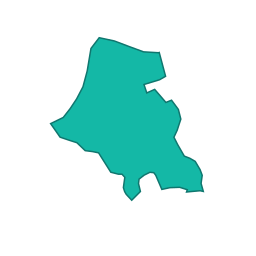 outline of Seo-gu [West District], Incheon, South Korea, rotated 330°
{"feature_id": "91817680B73279111808647", "entity_name": "Seo-gu [West District]", "entity_type": "district", "adm_level": 2, "iso_a3": "KOR", "parent_name": "South Korea", "parent_adm1": "Incheon", "projection": "albers", "projection_center": [126.657, 37.545], "detail": "fine", "context": "isolated", "style": "filled", "palette": "teal", "viewbox_px": 256, "rotation_deg": 330, "n_neighbors": 0, "source": "geoboundaries", "source_scale": "gbopen_adm2", "svg_char_len": 894}
<svg xmlns="http://www.w3.org/2000/svg" viewBox="0 0 256 256"><g transform="rotate(330 128 128)"><path d="M63.2,85.5L64.6,102.0L71.4,109.7L76.4,115.2L79.6,126.2L85.5,130.7L90.1,134.8L91.0,157.7L96.5,163.1L99.7,165.0L100.6,169.1L94.2,177.3L93.3,181.4L93.3,184.6L95.1,192.4L107.0,189.2L109.3,181.4L112.0,177.8L118.4,176.9L124.8,177.3L128.0,179.6L128.4,182.8L126.6,198.1L134.4,200.6L143.1,205.2L148.5,211.1L146.7,212.7L152.2,215.2L159.1,218.4L161.5,220.6L163.6,212.5L168.6,206.1L169.6,200.1L169.5,190.5L166.4,185.1L162.7,180.5L162.7,167.3L163.1,159.9L163.1,159.0L169.5,154.5L173.6,150.8L178.2,146.7L180.9,137.1L179.6,125.7L173.6,124.8L170.4,107.9L161.8,107.0L163.6,98.3L179.5,102.0L186.4,102.0L192.8,78.2L192.1,78.1L179.5,69.8L169.1,57.3L159.7,45.8L148.2,35.4L135.7,40.6L121.1,58.3L109.6,69.8L98.1,77.1L87.6,82.3L77.2,86.5L63.2,85.5Z" fill="#14b8a6" stroke="#0f766e" stroke-width="1.5"/></g></svg>